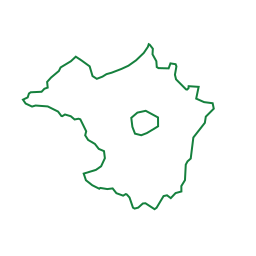 the border of Leicestershire, rotated 249°
{"feature_id": "GBR-2054", "entity_name": "Leicestershire", "entity_type": "Kingdom", "adm_level": 1, "iso_a3": "GBR", "parent_name": "United Kingdom", "parent_adm1": "", "projection": "mercator", "projection_center": [-1.072, 52.67], "detail": "fine", "context": "isolated", "style": "outline", "palette": "green", "viewbox_px": 256, "rotation_deg": 249, "n_neighbors": 0, "source": "natural_earth", "source_scale": "10m", "svg_char_len": 1427}
<svg xmlns="http://www.w3.org/2000/svg" viewBox="0 0 256 256"><g transform="rotate(249 128 128)"><path d="M192.1,40.1L192.5,45.3L195.7,47.9L196.2,50.0L192.8,60.3L194.6,64.0L194.5,67.5L200.0,69.0L202.7,74.3L206.0,83.9L208.7,86.8L210.8,98.6L213.3,104.8L207.6,108.9L199.3,114.3L189.2,113.5L185.1,116.5L185.1,122.6L186.0,127.2L185.5,132.5L185.5,143.1L186.0,150.7L188.3,159.8L192.4,169.6L196.6,175.6L198.8,177.4L198.0,178.1L193.1,179.6L188.0,177.3L180.2,178.4L174.6,176.7L173.0,177.9L169.1,187.3L173.1,190.8L170.5,195.3L168.2,195.3L160.9,190.9L156.2,190.3L143.3,196.0L142.7,196.9L143.4,198.7L145.3,199.6L141.1,208.7L131.0,202.2L124.9,208.3L120.8,215.9L115.3,215.0L110.7,204.7L105.3,201.6L95.7,185.6L77.0,175.6L75.5,171.6L73.1,168.8L58.9,162.5L54.7,157.0L49.6,155.1L50.2,149.1L47.2,142.8L51.2,140.3L51.7,136.8L43.3,126.1L42.7,123.7L51.5,117.3L52.2,114.8L50.0,109.0L50.4,105.3L51.9,104.1L62.6,104.5L66.3,103.1L67.1,102.3L66.6,99.2L71.3,93.8L77.1,92.0L78.4,86.8L82.0,80.6L81.6,79.4L87.4,74.1L94.3,70.0L101.3,70.3L100.4,83.1L101.9,89.2L108.1,95.6L115.0,97.3L119.0,93.2L125.0,91.4L131.1,86.5L136.5,85.4L139.9,87.8L153.2,86.6L154.4,85.1L155.1,81.2L159.5,78.8L163.2,74.0L162.6,70.9L163.1,70.1L168.4,68.6L176.9,60.8L182.1,49.8L182.4,46.1L187.5,41.2L192.1,40.1ZM127.1,159.8L137.7,150.7L139.0,142.3L136.3,134.7L127.5,132.5L120.2,132.5L116.5,137.8L116.5,143.8L118.8,156.7L127.1,159.8Z" fill="none" stroke="#15803d" stroke-width="2"/></g></svg>